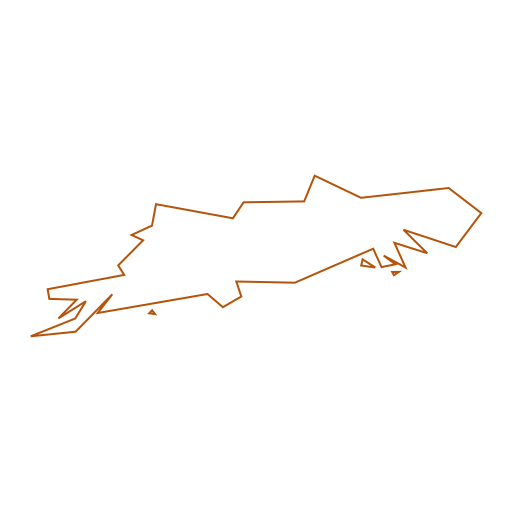 the Province of Uusimaa
{"feature_id": "FIN-3193", "entity_name": "Uusimaa", "entity_type": "Province", "adm_level": 1, "iso_a3": "FIN", "parent_name": "Finland", "parent_adm1": "", "projection": "robinson", "projection_center": [24.756, 60.321], "detail": "coarse", "context": "isolated", "style": "outline", "palette": "amber", "viewbox_px": 512, "rotation_deg": 0, "n_neighbors": 0, "source": "natural_earth", "source_scale": "10m", "svg_char_len": 721}
<svg xmlns="http://www.w3.org/2000/svg" viewBox="0 0 512 512"><path d="M481.3,213.1L455.8,247.0L403.5,229.8L427.2,253.2L394.4,242.8L405.5,267.5L383.7,255.6L395.4,264.3L381.5,267.1L373.2,248.7L294.8,282.7L236.3,281.5L241.3,296.5L222.9,307.2L207.5,294.0L97.7,313.0L112.3,294.3L75.6,331.7L30.7,336.3L75.2,318.5L85.9,301.2L58.4,318.4L76.7,299.7L49.3,298.9L47.7,289.2L124.2,274.9L118.2,265.4L143.1,240.3L131.6,235.0L152.0,225.6L156.0,204.2L232.9,218.3L243.6,202.3L304.2,201.4L314.7,175.7L361.0,197.8L448.6,188.0L481.3,213.1ZM375.3,267.5L361.2,265.5L362.6,259.4L375.3,267.5ZM152.1,310.3L155.0,314.1L149.2,313.3L152.1,310.3ZM393.9,275.2L392.2,272.0L398.9,271.9L393.9,275.2Z" fill="none" stroke="#b45309" stroke-width="2"/></svg>